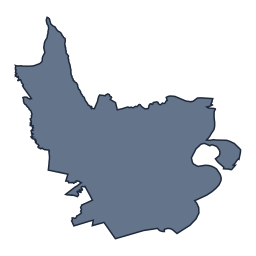 the district of Salsig, Maramures, Romania
{"feature_id": "2599482B27757238737768", "entity_name": "Salsig", "entity_type": "district", "adm_level": 2, "iso_a3": "ROU", "parent_name": "Romania", "parent_adm1": "Maramures", "projection": "equal_earth", "projection_center": [23.276, 47.532], "detail": "fine", "context": "isolated", "style": "filled", "palette": "slate", "viewbox_px": 256, "rotation_deg": 0, "n_neighbors": 0, "source": "geoboundaries", "source_scale": "gbopen_adm2", "svg_char_len": 5614}
<svg xmlns="http://www.w3.org/2000/svg" viewBox="0 0 256 256"><path d="M177.0,233.5L190.0,225.2L196.0,218.9L198.9,213.0L198.7,207.6L196.8,203.4L194.7,200.7L206.9,195.0L211.9,191.7L215.8,188.4L218.9,185.0L220.3,182.2L221.1,180.0L221.1,177.7L220.4,175.2L219.8,173.9L216.6,169.1L214.6,167.7L211.8,166.3L208.3,165.4L205.0,165.3L198.1,166.4L196.3,165.6L193.5,164.0L192.4,162.4L191.4,157.8L196.1,148.7L199.1,146.0L200.7,144.3L203.7,143.4L205.4,143.7L209.8,145.8L211.6,144.8L212.2,144.8L215.6,146.0L216.8,146.6L218.8,149.2L219.6,150.8L219.9,152.0L219.8,154.2L218.9,156.1L215.4,158.8L217.5,161.6L218.8,162.9L223.8,167.2L223.5,168.8L229.2,169.1L230.2,169.6L231.6,169.6L235.3,165.3L234.3,165.4L233.1,165.1L234.8,163.6L236.8,160.6L238.3,158.9L239.0,159.3L240.4,152.6L240.6,149.8L239.5,148.5L234.3,143.5L230.2,141.5L226.8,140.3L215.4,140.0L213.4,139.7L210.0,140.3L206.4,140.1L206.6,139.7L207.4,139.1L209.5,136.6L211.3,133.5L213.7,129.9L214.0,129.4L214.6,126.6L214.7,122.8L214.1,117.6L214.1,112.0L215.0,109.7L215.4,109.4L215.3,108.9L213.8,108.4L209.2,108.2L207.6,107.6L206.7,106.9L209.7,106.3L212.4,105.0L212.1,104.6L211.0,104.3L211.3,102.9L212.1,101.8L212.0,100.9L212.8,98.6L201.5,97.9L197.4,98.0L193.1,101.3L190.6,101.7L185.8,101.0L174.9,96.4L171.8,96.1L169.5,96.1L168.0,96.5L166.2,97.4L167.2,100.4L166.5,100.6L165.0,103.0L164.6,103.3L163.8,103.5L162.4,103.1L161.0,104.5L160.0,104.7L158.3,103.7L158.1,102.5L157.6,102.1L156.5,101.9L153.3,102.5L153.1,102.7L152.9,103.8L152.4,104.4L151.8,104.4L151.1,103.7L150.1,103.9L148.9,105.6L148.8,107.2L148.1,108.7L146.7,108.6L145.3,109.0L143.0,107.6L141.5,106.5L140.3,104.8L139.5,104.5L139.0,104.6L137.2,106.5L136.6,106.6L135.7,106.3L134.4,106.9L133.5,107.7L132.2,107.6L131.2,107.1L129.2,107.7L128.1,107.0L127.7,107.0L121.9,108.8L117.3,109.8L115.5,102.6L110.2,99.5L111.6,97.5L111.1,96.7L109.8,96.0L109.3,94.6L107.8,93.9L107.2,94.3L106.0,94.7L105.5,95.6L105.2,95.7L99.7,95.0L98.9,96.1L98.1,98.4L97.5,101.4L94.4,108.7L92.1,108.4L91.6,108.7L91.1,108.3L91.0,107.9L91.5,107.9L91.8,107.4L91.7,106.7L91.4,106.4L90.8,106.5L90.1,106.4L89.7,105.8L89.2,105.7L88.9,105.2L88.1,105.0L87.4,103.4L85.3,100.5L84.1,97.3L82.7,96.2L82.5,95.5L80.6,92.7L80.7,92.0L80.3,91.2L79.3,89.6L78.7,89.2L77.8,86.8L77.5,84.6L76.2,82.7L75.1,82.3L74.4,81.1L73.5,80.8L73.2,80.3L73.2,79.2L72.1,77.7L72.0,76.2L71.1,74.7L70.9,73.8L71.1,73.3L70.8,71.5L71.0,70.6L70.3,67.2L70.0,65.1L68.7,61.3L68.7,59.6L68.3,58.9L68.1,57.7L68.5,56.1L66.0,52.7L66.2,50.8L65.6,49.7L65.7,47.9L65.1,46.8L65.3,46.0L65.0,45.3L64.8,44.5L64.8,43.5L65.1,42.1L65.3,40.1L65.1,38.7L64.7,38.1L63.5,37.5L63.0,36.3L62.3,35.7L61.9,35.1L62.0,34.9L60.6,32.6L59.4,31.8L58.4,31.4L56.7,29.7L55.0,26.9L53.1,26.0L51.2,24.4L50.6,23.4L49.4,18.9L48.2,17.8L47.1,17.3L46.4,19.4L46.3,20.8L47.1,24.1L48.1,25.4L48.6,27.8L48.6,28.6L48.0,31.7L48.0,33.0L47.2,36.3L47.2,37.5L45.2,40.8L44.5,42.7L43.8,47.3L43.9,48.5L44.7,51.8L44.7,52.9L42.7,56.7L42.3,58.3L42.2,60.9L41.8,61.7L39.8,63.6L34.7,65.5L32.6,66.0L28.8,66.2L22.1,66.1L21.4,65.8L17.2,66.0L15.5,65.5L15.8,66.1L15.4,67.4L15.5,69.2L15.9,69.5L15.5,69.9L15.9,70.4L15.7,71.6L15.4,72.4L16.3,73.4L16.7,73.5L16.2,74.4L16.0,74.5L15.7,74.2L15.4,74.4L15.4,76.0L15.7,75.8L16.2,76.0L16.2,76.3L16.6,76.5L16.9,77.0L17.2,77.1L17.4,76.5L18.0,76.4L18.4,77.2L18.7,79.4L18.6,79.9L17.8,80.2L17.8,80.5L18.8,80.5L20.1,79.7L20.6,79.7L21.7,82.8L23.1,84.4L23.3,85.4L22.6,85.8L23.8,87.9L31.5,98.6L29.4,99.0L28.9,98.4L27.7,98.2L27.2,97.5L26.8,97.2L24.3,97.1L23.9,97.3L22.9,97.5L23.5,99.3L23.5,101.1L24.2,103.4L25.0,104.3L26.1,104.7L26.4,105.7L27.7,107.1L28.6,107.8L29.0,108.5L29.1,109.1L29.3,109.5L30.7,110.5L31.1,111.4L32.0,114.4L31.9,114.8L31.3,115.6L31.6,116.8L31.5,117.6L30.9,118.6L30.2,119.0L30.6,119.5L30.6,120.3L31.1,120.8L31.0,121.2L31.3,121.5L31.3,122.5L30.7,122.8L31.2,123.1L31.2,123.6L30.6,123.8L31.2,124.5L30.1,125.1L30.3,125.5L30.7,125.5L31.0,125.8L32.4,125.8L32.0,126.2L32.1,126.4L32.9,126.3L32.9,126.6L32.5,127.0L33.4,127.8L32.6,128.2L32.7,129.0L32.0,129.7L32.0,129.9L32.6,130.3L31.2,130.6L31.1,131.1L31.6,132.2L31.5,133.2L32.3,134.1L32.8,133.7L33.2,134.0L31.9,134.8L32.1,135.8L31.2,136.6L32.6,137.0L31.5,137.4L31.4,137.7L32.1,138.2L32.5,138.2L33.1,139.0L34.2,139.0L35.3,139.4L34.9,139.8L35.1,140.7L36.0,140.8L36.2,141.4L35.5,142.1L35.5,142.3L36.2,142.6L36.3,143.5L38.2,144.5L38.3,144.7L38.5,145.6L38.9,145.8L38.0,146.8L38.1,147.4L39.3,148.1L39.8,148.2L40.4,148.8L40.8,148.8L41.0,148.4L41.9,148.5L42.4,148.2L43.1,148.9L44.5,149.6L49.0,150.1L49.4,150.8L49.3,151.2L48.9,151.5L49.4,155.6L49.5,158.1L49.0,163.1L49.0,164.0L48.3,170.1L67.9,174.2L65.8,181.1L67.8,181.1L68.6,181.8L68.5,182.4L68.7,182.8L70.4,182.6L71.3,182.8L72.1,182.4L72.7,182.4L73.0,182.6L73.3,183.2L73.9,183.3L74.5,182.3L75.9,182.3L76.2,181.0L76.8,180.7L77.9,181.2L79.1,181.3L80.1,182.3L81.3,182.7L76.7,186.2L75.6,186.7L72.0,189.4L65.6,194.4L67.2,194.9L68.7,194.9L71.8,195.3L72.0,195.0L72.5,195.3L73.3,195.2L77.5,196.6L78.4,195.2L78.6,194.3L77.7,192.6L77.1,191.9L77.1,191.5L77.8,191.3L80.3,192.4L81.0,192.4L81.1,191.8L80.8,191.3L79.2,190.6L79.2,190.1L79.8,189.8L81.7,190.2L82.3,190.1L82.5,189.7L82.3,189.1L81.1,187.9L81.4,187.2L82.5,186.4L84.3,186.9L85.0,186.4L90.1,195.6L92.4,200.2L81.6,205.1L81.7,205.7L80.7,207.2L80.6,207.8L81.3,208.8L81.5,209.5L80.6,211.2L81.3,212.5L81.3,213.1L77.8,215.6L76.7,216.0L76.3,217.5L75.6,218.1L74.7,218.4L73.4,217.9L72.1,218.0L72.3,220.0L71.6,220.8L73.9,225.9L89.7,221.1L93.3,220.2L92.3,225.7L104.0,222.4L115.4,238.7L143.6,230.5L157.6,228.4L158.6,229.7L159.9,230.7L162.6,231.5L164.2,231.5L164.4,231.5L164.3,229.5L164.5,229.3L167.7,228.4L170.0,228.6L171.0,228.9L172.7,229.8L177.0,233.5Z" fill="#64748b" stroke="#1e293b" stroke-width="1.5"/></svg>